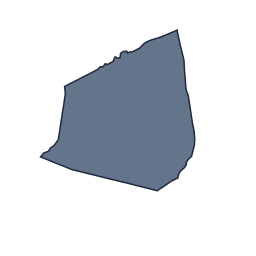 San Antonino Monte Verde, Oaxaca, Mexico (Mercator projection), rotated 241°
{"feature_id": "50627088B33135949897884", "entity_name": "San Antonino Monte Verde", "entity_type": "district", "adm_level": 2, "iso_a3": "MEX", "parent_name": "Mexico", "parent_adm1": "Oaxaca", "projection": "mercator", "projection_center": [-97.729, 17.523], "detail": "fine", "context": "isolated", "style": "filled", "palette": "slate", "viewbox_px": 256, "rotation_deg": 241, "n_neighbors": 0, "source": "geoboundaries", "source_scale": "gbopen_adm2", "svg_char_len": 2129}
<svg xmlns="http://www.w3.org/2000/svg" viewBox="0 0 256 256"><g transform="rotate(241 128 128)"><path d="M195.1,92.7L191.3,91.1L189.1,90.1L188.3,89.8L183.1,85.8L179.4,83.0L179.2,82.8L178.0,81.9L174.9,79.4L171.8,77.0L171.0,76.4L170.6,76.1L170.4,76.0L170.1,75.8L169.4,75.2L165.2,71.9L161.4,69.0L157.5,66.0L152.7,62.2L151.7,61.5L150.5,59.0L150.2,58.4L148.8,55.4L148.7,55.2L148.6,54.9L148.4,53.9L148.3,52.3L148.2,50.6L146.2,47.2L147.0,42.4L146.4,40.9L145.1,37.5L144.7,37.8L141.3,40.6L138.3,43.0L137.5,43.6L131.6,48.4L130.7,49.1L126.0,53.0L124.5,54.2L118.9,58.7L118.7,58.9L118.3,59.3L113.9,64.1L113.3,64.7L105.6,73.0L105.3,73.4L102.9,76.0L99.5,79.6L99.0,80.1L95.1,84.4L91.4,88.3L91.0,88.9L85.7,94.5L83.1,97.3L82.4,98.1L80.5,100.3L80.3,100.5L79.2,101.6L72.9,108.3L71.0,110.4L67.4,114.2L64.4,117.4L58.9,123.2L59.2,125.5L59.4,128.4L60.5,140.3L60.1,147.4L63.0,149.9L64.8,153.0L66.0,158.2L67.9,161.6L69.1,161.6L70.7,164.2L71.7,166.8L72.4,169.8L74.8,172.1L80.9,177.8L82.2,178.5L85.9,181.0L89.5,182.6L93.1,184.3L101.0,186.7L114.1,191.6L126.5,196.2L128.3,196.6L131.0,196.9L134.7,197.9L142.7,201.6L150.7,205.2L160.2,209.8L166.4,211.5L176.4,214.2L178.6,215.0L182.0,215.9L184.6,216.7L185.8,217.1L187.3,217.4L188.8,218.0L189.7,218.5L191.5,202.5L192.2,198.1L192.9,194.6L194.0,189.6L194.0,188.4L194.2,184.9L194.1,183.1L193.9,182.4L192.9,179.1L192.3,177.1L192.2,176.8L192.5,170.2L192.6,168.7L192.6,167.9L193.5,167.2L193.6,165.9L193.7,164.1L194.2,163.9L195.6,164.2L196.1,163.8L196.4,162.4L197.1,161.4L197.1,159.5L197.0,158.2L196.6,157.5L195.8,156.9L193.5,155.3L193.8,154.3L193.8,153.0L194.5,152.3L195.7,152.0L195.9,151.7L196.4,151.0L195.4,149.6L194.1,148.0L193.4,147.1L193.5,143.6L193.6,140.3L194.7,139.8L195.3,139.2L194.9,138.8L194.3,137.1L193.9,136.5L193.8,136.2L193.7,136.0L193.7,135.8L195.0,133.6L194.4,131.4L194.1,130.3L193.9,129.4L194.0,128.2L194.0,126.2L194.1,123.4L194.1,121.8L194.2,120.5L194.2,120.1L194.3,117.0L194.3,115.0L194.4,113.7L194.5,111.4L194.5,108.8L194.6,107.8L194.6,106.1L194.7,105.6L194.7,104.9L194.7,103.0L194.8,100.7L194.9,98.9L194.9,97.3L195.0,94.0L195.1,92.7Z" fill="#64748b" stroke="#1e293b" stroke-width="1.5"/></g></svg>